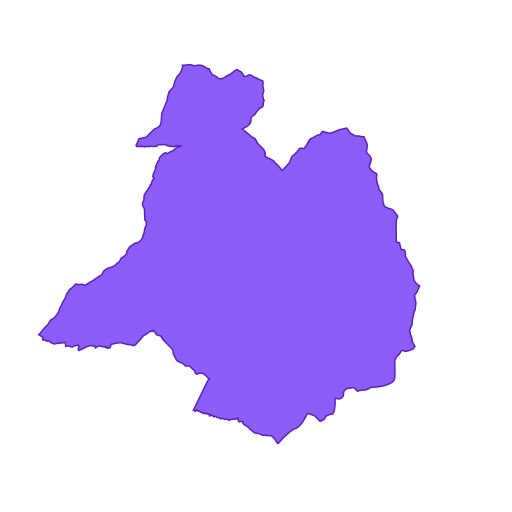 outline of Barghis, Sibiu, Romania, rotated 109°
{"feature_id": "2599482B31071590399697", "entity_name": "Barghis", "entity_type": "district", "adm_level": 2, "iso_a3": "ROU", "parent_name": "Romania", "parent_adm1": "Sibiu", "projection": "equal_earth", "projection_center": [24.511, 46.014], "detail": "fine", "context": "isolated", "style": "filled", "palette": "violet", "viewbox_px": 512, "rotation_deg": 109, "n_neighbors": 0, "source": "geoboundaries", "source_scale": "gbopen_adm2", "svg_char_len": 6095}
<svg xmlns="http://www.w3.org/2000/svg" viewBox="0 0 512 512"><g transform="rotate(109 256 256)"><path d="M404.7,422.2L404.9,418.0L403.1,415.3L402.9,414.3L401.4,411.5L401.5,411.1L399.7,408.5L403.4,406.4L402.3,405.0L402.0,400.3L399.9,398.1L398.2,395.0L399.1,393.9L400.6,393.7L401.4,393.9L402.7,393.4L403.0,392.7L399.0,388.4L397.7,387.5L394.9,383.8L394.1,382.0L394.2,380.4L393.3,379.2L395.1,377.8L392.3,375.7L391.6,371.8L391.9,371.6L391.1,370.0L391.3,369.6L390.8,368.4L391.3,368.3L390.9,366.9L391.7,366.6L391.3,365.8L390.2,364.2L386.7,364.2L384.0,359.9L382.0,355.8L381.6,349.5L380.5,344.3L380.8,343.6L380.5,342.3L379.0,340.9L374.8,339.3L372.9,338.2L367.9,336.5L365.4,334.1L361.6,331.5L361.1,329.6L359.8,329.2L359.6,328.3L360.5,327.9L361.2,326.5L361.2,325.9L362.4,325.2L362.8,324.4L362.7,319.9L365.4,316.5L371.3,305.0L372.9,303.5L375.4,302.4L380.2,297.4L380.6,296.7L381.2,294.2L381.5,289.6L382.4,288.3L382.9,286.6L381.8,283.5L381.8,282.8L384.7,276.5L386.7,275.1L387.1,273.6L385.6,271.9L384.2,268.8L385.3,264.7L387.5,260.6L387.5,259.7L389.7,261.0L422.2,265.0L422.0,263.8L422.7,263.1L420.7,261.4L421.4,260.7L421.5,259.5L421.0,258.5L421.6,257.8L421.5,256.7L422.0,255.1L421.1,254.3L421.8,253.2L421.2,251.6L420.7,251.2L420.6,250.6L421.3,249.9L421.1,248.8L420.8,248.3L422.2,248.0L422.2,247.4L421.2,246.9L420.9,246.1L421.7,243.3L420.8,242.0L420.9,241.1L421.4,240.3L420.9,239.2L421.5,236.1L420.0,234.6L420.6,233.0L420.1,230.5L419.6,229.6L420.2,227.9L418.7,226.4L417.9,225.0L416.9,222.2L415.5,221.1L415.2,220.3L416.7,219.9L418.3,218.3L418.2,217.5L417.0,215.9L417.2,215.1L416.8,214.7L417.5,214.2L418.3,214.1L418.8,213.4L419.6,211.2L419.6,210.1L420.3,208.6L420.3,207.3L421.7,205.8L422.0,204.3L423.6,200.2L423.6,198.5L422.9,194.8L423.5,191.4L422.7,189.9L422.1,186.7L421.2,184.1L421.1,182.8L421.5,181.4L423.1,178.5L426.0,175.0L426.2,174.1L418.8,170.9L410.8,166.5L407.1,163.7L405.9,162.0L404.6,160.9L401.4,159.2L397.8,157.8L388.3,156.0L387.9,155.6L388.0,149.1L388.4,147.6L391.5,141.5L388.7,138.7L387.6,138.1L385.0,137.9L384.4,137.5L381.7,134.5L380.5,132.1L377.1,131.5L370.5,132.9L365.4,134.7L364.6,134.6L364.2,131.2L363.3,129.6L362.4,128.7L359.7,127.9L355.7,128.9L354.6,128.7L352.3,127.3L351.1,126.0L349.9,123.1L348.8,121.4L348.6,120.7L350.0,117.4L350.6,116.9L350.6,115.6L349.4,114.3L347.2,109.2L345.6,107.0L342.7,104.5L340.4,98.8L336.6,92.1L333.4,88.3L331.5,86.5L330.1,85.6L328.4,85.1L326.3,85.1L321.6,86.5L309.8,90.7L305.8,90.4L302.1,88.6L298.4,87.6L297.8,87.2L297.4,86.6L297.7,84.1L296.4,81.5L292.7,77.1L289.8,76.3L286.7,79.8L282.8,82.0L279.6,84.5L276.4,86.5L273.4,86.5L270.7,86.0L264.8,87.5L261.5,87.7L257.7,88.4L256.3,88.4L255.9,88.0L253.6,88.4L248.4,89.5L245.9,90.8L244.0,92.3L243.0,92.4L241.2,93.3L237.5,92.0L230.9,91.6L230.6,93.3L229.7,95.6L227.6,98.6L222.9,101.2L220.6,102.2L218.9,102.4L216.9,104.4L215.1,105.7L211.2,110.8L207.9,114.4L207.1,114.9L205.0,115.5L202.7,116.8L202.0,117.8L202.4,120.8L202.2,121.3L196.8,124.6L196.9,128.0L179.4,134.2L176.1,135.0L172.3,134.9L167.9,141.4L167.6,144.5L167.9,145.9L167.4,150.0L167.2,150.6L165.9,151.9L163.1,153.8L156.6,156.4L155.7,157.2L153.8,160.3L152.6,161.5L149.9,163.2L147.4,165.3L143.2,167.5L139.3,168.4L138.9,169.0L138.1,172.9L137.2,175.1L135.5,177.4L134.4,178.1L129.2,178.2L126.8,178.6L125.0,180.0L124.0,181.2L123.0,183.7L121.9,185.2L121.3,185.6L115.5,186.6L113.7,187.6L108.1,192.8L108.7,194.7L108.9,197.2L110.3,201.8L109.5,204.2L109.3,206.7L105.5,211.8L109.9,218.9L114.0,223.4L116.0,226.3L116.5,233.4L116.7,233.8L120.3,234.9L122.3,237.9L124.9,239.9L127.6,242.7L129.2,243.4L135.2,244.4L138.6,245.5L139.6,249.0L140.3,250.0L142.7,250.5L146.1,252.0L150.3,254.5L156.9,254.7L166.6,258.9L162.7,265.7L161.3,269.0L160.2,270.3L158.9,279.8L155.5,281.0L153.8,282.2L152.2,284.5L149.0,291.3L148.4,291.6L145.3,295.2L144.6,299.1L140.7,309.5L140.1,310.2L136.1,306.4L133.9,305.3L132.0,304.6L129.8,304.8L126.9,305.7L126.0,305.5L122.4,303.1L119.8,302.5L115.5,300.8L113.1,298.6L111.7,298.2L107.1,299.2L106.3,298.9L105.9,299.6L102.8,301.6L100.6,302.4L99.0,302.2L96.9,302.6L92.4,305.2L90.4,305.5L88.3,306.5L88.0,311.6L87.5,313.0L87.6,316.1L86.6,319.2L87.0,321.4L87.4,322.2L89.2,323.5L90.2,326.2L90.0,326.4L89.7,326.2L88.8,327.1L87.0,329.4L86.4,331.6L86.7,332.2L85.8,334.4L86.5,335.5L93.3,340.0L93.8,341.0L98.9,345.1L100.4,348.3L100.3,349.3L99.1,352.5L98.8,356.4L95.8,360.0L94.2,361.2L94.7,363.4L94.1,364.7L93.4,369.1L94.2,372.5L96.2,376.1L96.4,380.4L99.2,386.5L99.6,387.7L101.6,386.8L105.4,387.0L107.8,387.2L112.7,389.2L115.5,389.3L116.9,389.7L122.9,389.1L129.3,391.7L135.1,391.3L137.2,390.7L151.8,391.5L161.2,389.1L163.6,389.2L165.3,389.9L167.2,391.3L168.8,393.2L174.6,396.3L178.1,397.7L179.6,398.8L183.4,405.0L186.7,404.9L190.2,405.4L191.1,405.0L191.2,404.0L190.2,401.5L189.5,399.0L189.0,398.3L189.1,396.7L187.9,395.0L187.7,393.6L186.3,390.6L186.0,388.9L184.6,385.6L182.8,384.7L182.0,383.6L181.5,381.3L180.6,379.7L180.3,376.9L180.6,375.1L180.0,372.1L179.1,368.7L177.5,366.9L177.0,365.5L176.7,364.3L176.8,363.1L178.8,365.8L180.7,367.3L183.3,368.6L185.8,371.4L188.0,372.9L188.1,373.9L187.8,374.6L188.5,376.1L191.4,377.9L194.5,379.2L196.6,378.9L199.0,379.6L204.1,380.0L205.5,379.5L208.9,379.3L210.7,379.8L214.0,379.5L214.6,379.4L215.2,377.8L218.4,378.6L222.1,378.5L223.3,379.2L224.5,378.8L227.0,379.8L228.0,379.7L231.4,380.9L235.0,381.5L239.5,380.3L243.3,380.4L245.3,379.6L247.5,376.9L257.7,373.0L258.5,372.3L259.4,370.6L259.8,370.5L261.4,370.3L261.7,369.9L262.9,369.7L265.9,370.2L270.9,369.3L277.0,369.4L279.5,370.4L281.6,371.8L283.4,374.7L288.1,378.3L293.9,379.7L296.4,379.1L300.6,381.4L300.9,382.1L301.6,382.6L306.3,383.5L308.4,385.1L310.6,386.1L312.2,387.5L313.7,389.1L315.6,391.9L317.4,393.6L319.7,395.0L324.3,395.7L325.8,397.4L332.6,402.4L334.2,403.8L334.6,404.6L335.8,405.0L338.6,407.5L339.6,408.6L339.4,411.6L340.7,413.9L341.1,417.3L345.1,419.2L347.4,420.5L348.0,421.2L353.6,422.6L357.3,422.6L363.8,423.9L365.8,423.8L369.6,424.6L372.6,424.4L375.6,425.0L380.2,426.6L383.7,429.5L388.5,430.4L391.7,432.1L401.2,435.7L402.1,431.4L404.8,430.2L404.8,429.8L404.2,428.8L404.6,425.5L403.7,424.4L403.6,423.8L404.7,422.2Z" fill="#8b5cf6" stroke="#5b21b6" stroke-width="1.5"/></g></svg>